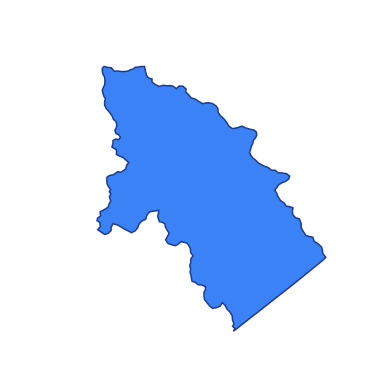 outline of Sumidouro, Rio de Janeiro, Brazil, rotated 127°
{"feature_id": "56859067B1931202868426", "entity_name": "Sumidouro", "entity_type": "district", "adm_level": 2, "iso_a3": "BRA", "parent_name": "Brazil", "parent_adm1": "Rio de Janeiro", "projection": "robinson", "projection_center": [-42.662, -22.118], "detail": "fine", "context": "isolated", "style": "filled", "palette": "blue", "viewbox_px": 384, "rotation_deg": 127, "n_neighbors": 0, "source": "geoboundaries", "source_scale": "gbopen_adm2", "svg_char_len": 3070}
<svg xmlns="http://www.w3.org/2000/svg" viewBox="0 0 384 384"><g transform="rotate(127 192 192)"><path d="M163.6,45.9L162.4,50.6L159.7,53.1L158.0,55.5L157.6,58.4L157.5,61.4L157.9,64.6L155.4,68.3L156.7,71.1L158.2,74.8L156.8,78.7L155.8,81.3L154.4,83.7L151.5,85.8L148.8,90.1L150.2,93.6L149.5,97.7L147.4,100.0L143.9,101.9L145.1,105.7L146.6,108.1L145.3,111.7L145.5,116.4L143.9,120.6L141.9,123.7L140.7,127.1L137.9,126.9L134.5,127.2L130.4,125.7L127.4,123.7L123.7,122.6L120.5,123.5L120.5,127.4L122.8,131.9L124.9,134.9L124.5,138.5L126.7,141.6L126.6,145.9L127.7,149.0L128.4,152.8L128.8,156.8L128.3,160.4L128.3,163.8L127.5,166.6L125.7,169.9L122.8,170.8L120.0,172.0L116.7,172.7L113.2,174.1L110.6,173.8L107.7,174.5L105.4,176.6L105.1,179.6L106.8,183.1L108.5,187.6L109.4,191.9L111.8,193.3L114.4,195.3L117.1,197.9L117.2,202.4L115.7,205.9L114.5,209.9L113.9,215.2L112.7,219.1L109.9,221.4L108.8,224.5L109.0,228.7L110.6,232.3L112.6,234.6L115.1,236.7L115.6,241.7L115.9,245.6L117.4,249.2L116.3,253.6L116.0,257.1L113.3,258.7L113.0,263.0L115.1,266.0L118.9,266.7L118.9,271.0L120.2,273.5L121.9,275.4L124.0,279.1L127.5,281.8L128.3,286.4L128.1,290.4L125.8,291.9L127.1,295.4L126.0,298.8L123.5,301.9L120.3,305.4L122.6,308.4L124.6,310.1L126.3,312.2L129.3,313.1L131.5,314.7L134.3,316.2L136.2,318.2L138.4,321.0L140.1,324.2L142.4,326.7L141.3,331.2L143.4,334.5L144.6,337.8L147.1,338.1L149.6,336.3L151.4,334.2L152.7,331.3L155.2,328.7L158.9,326.3L162.4,325.6L164.9,324.8L166.8,322.4L168.6,320.0L169.5,317.3L172.3,316.3L175.1,314.2L177.0,310.8L177.9,306.2L179.2,301.8L181.2,298.6L181.5,295.0L184.0,292.2L186.4,291.1L189.1,290.8L191.1,287.9L190.4,284.9L191.3,282.2L194.1,281.9L195.7,284.9L198.4,286.1L200.8,284.3L204.3,283.0L203.8,277.7L207.6,274.8L206.7,270.9L206.0,267.5L206.3,263.4L206.7,260.1L209.8,260.4L213.5,258.8L216.9,259.9L219.3,260.8L220.2,263.4L223.2,264.4L225.7,265.3L228.4,267.8L231.4,268.8L233.8,267.2L236.4,264.9L238.2,261.6L238.8,258.6L241.6,258.3L242.4,255.6L245.5,255.1L248.0,251.6L251.9,250.9L254.8,249.9L258.8,251.4L263.1,253.5L266.2,250.6L269.6,251.7L272.1,250.6L271.8,247.4L274.7,244.4L278.9,244.6L278.7,241.1L278.5,236.3L275.8,234.2L271.6,233.4L268.8,235.4L264.9,236.0L263.3,232.3L262.7,228.4L262.3,223.6L261.6,219.9L260.9,215.8L257.1,214.0L253.3,213.8L249.6,215.0L245.6,214.7L241.5,212.5L238.8,213.8L236.0,214.1L233.1,213.8L230.8,211.4L228.5,209.3L226.7,207.6L229.3,206.0L232.2,204.7L233.8,202.4L235.3,200.1L234.1,197.6L233.7,194.4L235.9,192.3L237.5,188.8L238.7,185.4L242.0,184.9L246.1,184.3L247.6,180.1L246.1,175.8L244.8,172.9L241.4,171.5L238.2,170.8L237.0,168.1L235.9,165.5L236.7,162.4L238.0,159.5L241.2,156.6L242.4,152.8L246.1,152.7L249.2,150.5L252.0,149.6L254.4,146.8L257.7,144.8L259.3,142.3L261.3,140.5L263.3,138.2L262.2,135.0L262.4,131.3L260.3,128.1L259.5,124.4L261.7,122.6L264.8,122.1L267.6,120.0L270.3,117.5L271.5,112.9L272.4,109.3L272.5,105.5L269.7,102.9L266.2,100.9L262.1,101.2L262.7,97.0L264.4,93.8L265.0,89.7L266.7,85.4L270.0,82.5L272.0,79.1L274.9,78.8L275.1,75.7L278.2,75.1L202.9,55.1L167.2,46.3L163.6,45.9Z" fill="#3b82f6" stroke="#1e3a8a" stroke-width="1.5"/></g></svg>